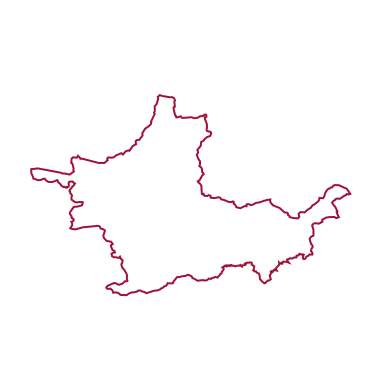 outline of Abura-asebu-kwamankese, Central, Ghana, rotated 262°
{"feature_id": "2480657B30493820921", "entity_name": "Abura-asebu-kwamankese", "entity_type": "district", "adm_level": 2, "iso_a3": "GHA", "parent_name": "Ghana", "parent_adm1": "Central", "projection": "equal_earth", "projection_center": [-1.222, 5.267], "detail": "fine", "context": "isolated", "style": "outline", "palette": "rose", "viewbox_px": 384, "rotation_deg": 262, "n_neighbors": 0, "source": "geoboundaries", "source_scale": "gbopen_adm2", "svg_char_len": 6053}
<svg xmlns="http://www.w3.org/2000/svg" viewBox="0 0 384 384"><g transform="rotate(262 192 192)"><path d="M237.0,36.0L233.1,35.5L228.6,36.8L227.4,36.7L226.1,39.6L225.3,40.5L224.9,43.3L225.7,46.7L225.7,48.1L223.9,48.9L222.0,51.1L221.3,55.1L222.5,60.3L220.3,60.9L218.1,62.8L216.6,63.4L214.8,65.4L214.9,66.5L213.8,67.7L213.8,68.7L214.4,68.8L214.2,69.7L214.4,70.5L215.3,70.9L218.2,71.1L218.9,71.5L219.2,72.3L219.1,75.0L218.5,75.8L217.8,75.8L216.7,77.3L215.1,75.9L213.4,73.6L212.5,73.1L211.4,71.5L210.1,70.8L209.5,71.4L208.2,71.2L205.4,72.7L202.4,71.6L201.1,71.8L198.3,74.7L197.6,77.1L197.8,78.7L197.2,82.3L196.9,82.4L194.2,81.3L193.5,76.9L193.7,72.9L189.3,68.7L187.5,67.9L184.7,69.4L183.3,69.1L181.9,70.8L180.4,70.9L179.8,70.4L179.4,68.4L177.1,69.0L175.5,68.6L173.1,66.4L172.2,67.8L171.2,71.1L172.2,79.0L171.6,94.0L170.8,95.7L168.5,96.4L168.1,97.8L166.5,100.2L165.5,100.3L161.4,98.2L158.9,98.3L155.5,100.6L154.0,105.0L151.5,106.3L150.8,104.7L150.0,104.1L145.8,105.1L144.4,107.0L142.9,107.3L142.8,105.4L142.1,103.7L139.6,103.9L138.2,105.6L137.9,107.8L136.9,110.2L138.0,111.7L135.6,112.3L134.2,113.8L131.4,113.0L130.4,112.0L129.2,112.0L126.5,112.6L125.1,113.7L120.2,115.8L117.9,116.0L115.3,115.4L113.0,115.7L112.6,114.8L113.0,113.3L111.0,110.4L110.3,107.1L110.8,105.5L112.2,104.0L112.7,102.0L110.8,95.3L109.5,93.9L108.8,93.9L107.8,94.9L107.6,97.8L106.1,99.2L104.1,100.0L103.3,99.9L103.2,102.7L102.0,105.3L100.1,106.8L99.1,111.7L99.0,112.9L100.4,115.8L101.0,119.0L100.7,120.3L101.0,123.7L101.8,124.5L101.7,127.1L100.5,128.7L99.5,131.2L98.1,132.6L99.5,140.6L99.4,144.2L99.9,146.6L100.9,148.3L101.4,150.2L102.3,151.0L102.6,152.9L103.6,154.2L105.1,155.2L104.6,157.3L104.3,160.4L105.8,161.2L109.8,165.3L109.5,167.8L109.9,170.2L109.8,174.0L110.7,176.5L108.6,179.9L106.6,180.5L106.1,181.7L103.3,185.3L103.3,190.6L102.8,191.2L102.5,193.7L102.6,194.7L103.9,196.6L103.3,198.8L103.8,199.4L104.6,203.2L103.7,205.5L105.0,206.6L105.6,207.8L107.0,208.7L107.3,209.9L108.6,210.3L110.9,212.6L112.3,212.6L113.0,211.6L114.5,214.3L114.4,216.0L113.9,215.6L113.9,216.1L113.5,216.1L113.7,216.8L114.2,216.8L113.9,217.4L114.2,217.8L114.2,219.1L113.5,219.1L114.1,220.9L113.4,221.3L113.4,222.5L112.3,224.6L112.7,226.6L112.5,228.7L113.1,229.8L112.3,230.6L111.9,230.3L111.3,231.1L112.0,231.2L112.4,232.3L112.2,233.1L112.6,234.3L112.4,234.5L112.5,234.9L113.3,235.3L113.8,234.7L114.3,235.7L114.1,238.6L114.3,239.7L113.6,241.3L111.8,241.0L109.8,243.3L106.4,242.3L106.0,241.7L104.6,243.0L104.5,244.3L103.1,245.0L102.1,246.7L100.7,247.3L96.4,247.2L93.6,249.0L91.6,250.9L91.5,251.8L92.4,252.6L93.8,255.0L93.6,256.0L94.7,257.9L98.5,257.3L99.8,258.6L102.4,259.0L102.5,259.9L101.5,260.5L102.2,261.6L103.4,262.0L103.8,263.5L103.4,264.2L102.8,264.0L102.4,265.0L104.5,264.2L106.9,266.9L107.2,267.7L108.9,268.5L109.9,268.5L108.9,269.2L109.3,269.6L107.9,271.8L109.3,271.0L109.8,271.5L109.7,272.2L110.3,272.6L109.8,275.8L108.6,278.0L110.2,277.1L111.9,276.8L112.1,278.6L112.8,279.9L112.1,282.1L113.0,283.9L112.6,286.1L114.4,286.7L114.2,288.0L114.7,288.4L114.9,289.3L115.4,289.5L115.3,290.1L115.7,290.2L114.4,292.7L114.8,293.1L114.5,293.7L114.0,293.0L113.1,293.5L111.8,292.5L110.2,293.0L110.0,293.5L110.2,295.0L112.0,296.3L112.9,298.7L113.8,299.6L113.3,302.4L114.1,302.8L115.4,302.6L116.9,301.6L119.2,302.4L120.3,303.6L121.2,303.9L122.6,303.7L123.9,302.7L129.1,301.9L131.1,303.6L131.9,306.2L137.6,307.0L142.2,306.3L143.7,307.9L144.0,309.7L143.1,312.5L143.3,314.6L144.0,315.5L144.2,316.9L146.4,317.1L147.9,321.1L148.1,323.3L147.5,329.4L146.1,331.2L146.6,333.9L151.7,332.4L152.1,332.5L152.4,333.2L153.0,332.8L153.5,333.0L157.6,331.7L158.9,330.6L162.0,329.2L163.6,331.0L164.1,332.5L165.0,333.1L165.3,334.4L164.7,337.6L167.0,342.1L167.6,344.1L168.5,345.0L167.9,346.3L167.8,347.5L168.1,348.5L173.6,345.7L178.3,338.4L179.0,334.3L178.5,332.7L177.2,331.6L177.2,330.3L176.4,329.1L176.3,327.8L175.1,326.0L172.9,324.0L169.1,322.2L167.6,320.9L168.4,317.4L166.4,316.8L165.0,315.4L162.8,311.7L161.9,309.3L159.9,307.6L158.2,303.7L156.1,300.9L156.9,297.2L156.8,296.1L155.4,294.5L152.5,294.8L151.1,293.3L152.1,288.7L153.6,285.3L154.7,285.1L155.8,283.9L157.7,283.9L158.4,282.9L158.9,280.8L164.0,276.5L167.8,269.9L168.3,270.0L170.4,268.4L172.4,268.1L173.7,268.5L173.7,264.5L173.2,263.5L173.4,262.0L172.9,260.6L172.3,257.0L172.3,253.7L171.0,250.4L170.8,248.3L172.1,246.6L172.3,245.2L172.0,244.3L170.3,244.0L170.7,242.2L169.2,237.6L170.8,233.8L173.4,232.9L174.7,231.6L176.4,232.0L176.8,231.6L177.0,231.0L176.5,229.2L177.3,226.5L179.6,222.7L180.7,219.9L182.7,218.8L183.1,217.2L182.8,213.4L183.8,209.7L185.7,209.8L186.6,208.0L185.9,206.6L186.5,203.8L188.5,203.3L188.1,202.1L188.7,201.5L197.0,202.1L199.5,200.9L200.5,199.6L201.8,199.2L202.5,201.1L207.0,204.4L208.0,206.1L209.2,205.8L210.2,204.9L213.8,205.0L215.2,204.4L216.6,202.9L218.3,203.8L221.3,204.2L223.7,203.0L228.1,201.9L230.1,203.5L233.1,203.3L236.4,207.0L240.3,208.1L241.2,210.6L242.4,211.6L244.2,214.3L244.9,217.7L246.6,218.8L248.3,219.2L249.1,218.4L250.4,215.3L251.7,215.1L254.1,215.9L257.7,216.1L262.2,215.0L264.1,215.0L264.1,216.2L264.6,216.8L266.2,216.9L266.8,216.4L266.9,215.2L265.8,213.7L265.9,211.8L265.6,209.6L264.9,208.4L264.6,206.1L264.9,204.2L266.1,202.1L266.6,193.2L267.0,192.3L268.5,191.4L267.9,187.3L268.6,186.6L269.8,186.6L270.8,185.9L276.7,185.4L278.5,185.6L278.9,186.9L284.0,187.1L285.1,187.9L287.2,187.4L288.6,185.8L288.9,183.3L291.3,175.7L292.5,173.6L290.9,171.4L289.3,171.6L283.8,169.1L282.1,167.0L277.7,166.5L275.7,165.4L274.7,166.0L267.2,161.1L266.6,161.4L264.9,160.7L263.2,158.4L261.2,154.4L257.2,151.0L254.8,150.9L251.0,147.1L251.0,144.2L250.4,143.5L248.6,143.1L247.3,143.4L246.9,143.0L246.8,142.1L245.6,139.5L241.5,135.8L242.1,134.8L241.4,131.8L238.7,128.9L240.3,127.4L238.7,121.6L237.2,119.4L237.2,117.1L237.9,113.7L236.5,112.5L235.2,112.9L233.0,109.3L233.8,103.5L239.9,88.8L240.5,86.7L240.4,86.1L241.7,85.7L243.7,84.1L242.0,82.8L242.9,78.9L241.7,77.4L237.5,76.5L236.9,77.4L234.2,77.8L231.3,78.0L230.0,77.5L228.7,77.9L226.3,73.2L228.0,68.6L228.3,66.3L229.2,65.2L236.8,42.7L237.0,36.0Z" fill="none" stroke="#9f1239" stroke-width="2"/></g></svg>